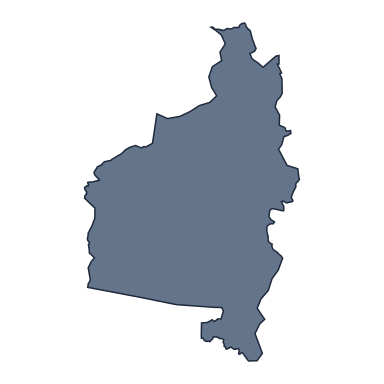 the district of Eloxochitlán de Flores Magón, Oaxaca, Mexico
{"feature_id": "50627088B32131961110957", "entity_name": "Eloxochitlán de Flores Magón", "entity_type": "district", "adm_level": 2, "iso_a3": "MEX", "parent_name": "Mexico", "parent_adm1": "Oaxaca", "projection": "orthographic", "projection_center": [-96.869, 18.197], "detail": "fine", "context": "isolated", "style": "filled", "palette": "slate", "viewbox_px": 384, "rotation_deg": 0, "n_neighbors": 0, "source": "geoboundaries", "source_scale": "gbopen_adm2", "svg_char_len": 4425}
<svg xmlns="http://www.w3.org/2000/svg" viewBox="0 0 384 384"><path d="M282.7,258.2L280.9,255.7L278.3,253.7L277.7,252.6L275.7,251.3L273.6,249.9L272.4,248.2L272.0,246.5L271.9,245.2L272.2,244.2L269.5,242.7L268.5,241.1L268.0,240.0L268.2,237.0L267.0,232.2L266.8,230.1L267.0,226.2L269.2,224.4L271.0,223.8L273.3,223.8L274.5,221.9L271.0,219.7L268.9,216.6L269.7,211.1L270.6,209.4L272.7,208.7L275.1,209.1L277.7,209.6L280.6,210.4L283.5,210.8L283.8,210.1L283.8,208.5L283.6,205.7L282.8,204.7L282.4,203.5L281.4,201.9L282.4,200.9L285.8,202.6L287.1,202.9L288.7,202.4L289.8,202.2L290.8,202.0L291.9,201.7L292.7,201.3L292.9,200.4L292.2,199.3L291.6,198.2L291.3,197.5L291.4,196.7L292.3,194.6L292.6,193.7L292.9,192.6L294.6,189.3L295.9,186.7L295.7,184.4L296.3,182.8L297.4,182.0L298.6,180.5L299.4,179.7L298.7,176.4L298.6,175.0L297.8,168.8L291.6,166.8L287.7,165.6L287.0,165.3L286.0,163.3L284.0,159.6L282.7,157.1L280.3,152.4L278.5,149.3L281.8,144.5L283.9,136.7L287.5,135.5L290.9,133.4L290.5,130.6L286.3,131.2L284.8,127.6L279.3,125.2L279.6,115.2L275.2,107.0L276.9,100.5L280.0,97.4L282.2,93.4L282.1,87.0L281.9,78.6L279.7,73.8L281.6,72.9L277.4,64.1L279.0,64.0L279.0,55.5L275.9,56.1L263.0,67.3L257.8,62.8L253.3,59.7L251.9,58.5L250.7,55.5L249.9,53.6L254.6,51.3L256.1,48.3L255.2,46.6L252.3,38.7L250.5,31.6L249.6,29.9L249.0,29.9L248.1,29.0L247.6,28.4L246.9,27.5L245.9,26.0L245.7,25.3L245.6,24.4L245.1,23.5L244.1,23.0L243.0,23.2L242.1,23.5L241.3,24.0L241.1,24.2L240.5,24.4L239.8,25.2L239.3,25.7L239.1,27.0L238.5,27.5L236.1,27.5L234.2,27.4L232.2,28.6L230.8,28.9L229.2,28.9L227.8,28.5L226.3,28.8L225.0,29.9L223.1,30.5L221.9,29.8L221.2,30.3L219.5,29.4L217.1,29.3L214.6,29.2L214.2,28.6L213.6,27.6L212.1,27.0L211.0,27.2L216.0,30.6L221.4,35.1L224.7,42.5L225.3,43.9L225.1,44.1L220.0,52.1L221.5,60.0L221.6,60.6L214.2,65.5L212.3,66.8L210.5,72.0L208.8,76.9L211.6,87.5L216.0,94.8L216.6,95.9L214.2,98.2L209.6,102.5L199.5,105.5L189.8,111.7L180.1,116.3L167.6,118.6L156.9,113.8L156.5,116.5L152.5,143.3L146.1,146.8L143.3,146.6L142.3,147.6L140.3,147.6L135.6,145.5L129.3,147.5L125.2,150.0L121.6,153.7L117.6,155.9L114.9,157.6L114.2,158.0L113.2,158.6L111.9,159.2L111.5,160.1L111.3,160.2L109.1,160.7L106.8,161.3L105.3,161.5L104.2,161.9L102.4,163.6L101.6,165.0L101.3,165.5L100.4,165.3L99.5,165.7L98.4,166.4L97.5,166.6L96.6,168.3L95.8,169.4L94.9,171.0L94.0,172.2L94.5,174.5L95.9,176.2L98.0,178.4L98.6,179.2L99.2,179.4L99.5,180.0L98.8,180.3L98.7,180.4L97.8,180.6L96.5,181.0L95.3,181.2L93.8,181.6L93.5,181.7L92.5,182.0L90.6,182.0L89.0,182.1L87.6,182.5L88.4,184.5L88.5,185.6L88.0,185.9L87.4,185.7L86.8,185.8L86.5,186.1L86.0,186.7L85.1,187.1L84.6,187.3L84.7,188.9L85.2,189.9L85.8,190.8L86.5,191.6L86.8,192.3L86.2,193.2L86.6,194.3L85.9,194.8L85.3,195.2L84.8,196.0L84.7,197.0L85.1,198.0L84.7,198.4L85.2,198.7L88.2,201.7L94.3,207.5L95.0,208.1L94.8,217.5L94.8,218.2L93.1,222.8L91.8,226.3L91.4,227.0L90.4,228.9L90.4,229.0L89.7,230.2L88.9,231.9L88.3,232.8L88.2,233.2L88.0,235.8L87.9,236.6L87.9,236.9L87.4,238.1L87.5,239.6L87.6,239.8L88.0,240.8L88.3,241.3L89.1,241.9L89.3,243.4L88.4,244.7L89.0,248.3L89.3,251.2L89.3,251.6L89.4,253.2L91.3,254.6L91.4,254.9L94.4,257.8L91.2,261.6L88.2,267.8L90.2,279.2L89.9,281.2L88.3,283.6L87.7,287.4L134.3,296.2L152.1,299.7L156.7,300.7L176.2,304.6L214.7,307.4L216.8,307.4L221.5,307.5L221.7,307.8L223.4,310.9L221.7,316.6L221.4,317.6L221.1,319.0L220.2,319.2L219.2,318.9L218.2,318.8L217.3,319.1L216.4,320.2L216.2,320.3L215.6,320.6L214.7,321.4L214.2,321.2L213.8,321.0L213.1,320.7L212.4,319.8L211.9,319.8L210.6,320.7L209.3,321.4L207.9,322.1L207.5,322.3L206.8,322.6L204.1,322.7L201.5,323.0L201.5,324.3L201.3,335.8L201.4,338.2L202.6,338.1L203.5,338.8L203.8,339.8L204.9,340.9L206.9,341.4L208.6,341.3L209.9,341.6L211.5,339.9L212.7,338.8L212.9,337.6L213.4,336.8L214.3,337.0L215.5,337.0L217.6,337.1L219.5,338.6L221.0,338.6L222.3,338.9L223.0,339.1L223.7,339.8L223.6,340.2L223.1,342.1L224.2,344.1L224.2,344.8L224.1,346.2L225.4,346.9L225.8,348.7L226.6,349.2L228.3,348.3L229.2,348.1L229.8,347.4L230.4,347.2L231.3,347.1L232.0,347.9L234.1,349.3L235.3,349.3L237.7,348.7L238.4,348.7L238.9,349.2L239.1,349.8L239.1,350.5L239.0,351.4L238.6,353.4L238.8,354.0L239.2,354.2L239.8,354.2L241.4,352.8L242.4,352.7L244.0,354.8L247.5,359.7L248.5,361.0L254.2,360.8L257.0,360.8L262.4,353.4L259.0,344.2L255.0,333.6L259.7,324.0L264.7,319.3L262.7,316.5L257.2,308.2L261.1,298.7L268.3,290.5L272.0,278.8L278.4,269.8L279.9,265.5L282.7,258.2Z" fill="#64748b" stroke="#1e293b" stroke-width="1.5"/></svg>